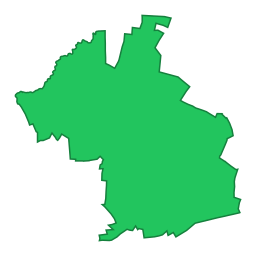 the district of John Taolo Gaetsewe, Northern Cape, South Africa
{"feature_id": "47623444B84629172160693", "entity_name": "John Taolo Gaetsewe", "entity_type": "district", "adm_level": 2, "iso_a3": "ZAF", "parent_name": "South Africa", "parent_adm1": "Northern Cape", "projection": "robinson", "projection_center": [22.441, -26.985], "detail": "fine", "context": "isolated", "style": "filled", "palette": "green", "viewbox_px": 256, "rotation_deg": 0, "n_neighbors": 0, "source": "geoboundaries", "source_scale": "gbopen_adm2", "svg_char_len": 5042}
<svg xmlns="http://www.w3.org/2000/svg" viewBox="0 0 256 256"><path d="M98.3,31.0L97.9,31.3L96.9,31.3L96.5,31.5L96.1,31.7L96.0,31.8L95.9,32.0L95.7,32.5L95.7,32.9L95.8,33.5L95.7,34.1L95.2,34.5L94.7,34.2L94.2,33.6L94.0,33.3L93.7,33.2L93.4,33.1L93.1,33.3L92.9,33.9L92.9,34.0L93.0,34.3L93.1,34.7L93.2,35.0L93.2,36.2L93.2,36.6L93.1,36.8L93.2,38.0L93.1,38.3L93.0,38.9L92.7,39.5L92.3,39.9L91.7,40.5L91.4,41.2L91.3,41.8L91.2,42.2L91.1,42.3L90.6,42.7L90.3,42.8L89.8,42.8L89.3,42.9L88.8,42.9L88.3,42.8L88.0,42.7L87.6,42.3L87.4,42.0L87.2,41.8L86.7,41.6L86.2,41.4L85.5,41.2L85.1,41.0L84.3,40.5L83.8,40.1L83.5,40.0L83.1,39.8L82.8,39.9L82.7,40.0L82.4,40.3L82.3,40.5L82.1,41.1L81.8,42.3L81.2,43.0L80.1,43.1L79.7,43.0L79.2,42.9L78.4,42.5L78.1,42.5L77.9,42.6L77.7,42.9L77.5,44.0L77.4,44.1L77.2,44.3L76.9,44.5L76.2,44.8L76.0,45.0L75.8,45.2L75.8,45.4L75.8,45.7L75.9,46.0L76.4,46.8L76.5,47.1L76.5,47.5L76.4,47.8L76.2,48.0L75.6,48.6L75.2,48.8L74.8,49.2L74.6,49.4L74.0,49.5L73.1,49.3L72.9,49.3L72.7,49.3L72.4,49.5L72.3,50.0L72.7,51.3L72.8,52.7L72.8,53.2L72.6,53.5L72.4,53.9L72.0,54.2L71.7,54.2L71.3,54.1L70.5,53.6L70.1,53.4L69.7,53.4L68.8,53.6L68.4,53.8L68.1,54.3L67.7,55.5L67.4,55.8L67.0,56.0L66.8,56.1L66.5,56.0L65.5,55.7L65.3,55.6L64.9,55.6L64.1,55.8L63.7,55.9L63.4,56.1L62.4,56.3L61.5,56.4L61.3,56.4L60.8,56.7L60.4,57.2L60.3,57.6L60.3,58.1L60.4,58.5L60.5,58.8L60.4,59.0L60.2,59.3L59.7,59.5L59.3,59.7L59.1,59.8L58.7,60.2L58.3,60.5L58.1,60.7L56.6,61.3L56.2,61.6L56.1,61.8L55.8,62.3L55.8,62.6L55.9,62.8L56.4,63.6L56.6,63.8L56.8,64.4L56.8,64.6L56.7,65.1L56.5,65.5L56.4,65.7L55.6,66.1L55.1,66.3L55.0,66.7L54.9,67.2L54.9,67.8L55.2,68.4L55.3,68.8L55.3,69.1L55.3,69.3L55.2,69.7L55.0,70.1L54.9,70.2L54.8,70.4L53.9,70.7L53.6,71.0L52.9,71.7L52.7,72.2L52.8,72.6L52.9,72.8L53.4,73.4L53.4,73.5L53.4,73.8L53.4,74.0L53.2,74.5L52.8,74.9L52.3,75.0L51.9,75.3L51.2,75.6L50.6,76.0L50.3,76.5L50.2,77.1L50.4,78.1L50.3,78.4L50.3,78.5L50.0,78.8L49.6,78.8L49.4,78.8L49.0,78.7L48.8,78.7L48.5,78.7L48.3,78.7L47.9,79.0L47.5,79.5L47.4,80.0L47.3,80.9L47.2,81.0L47.0,81.5L46.8,81.6L46.6,81.7L46.2,81.8L45.8,81.9L45.7,81.9L45.4,82.1L45.1,82.4L45.0,82.6L44.9,82.8L44.8,83.3L44.5,84.5L44.3,85.3L44.2,85.7L43.7,86.7L42.5,88.4L42.5,88.5L42.2,88.7L41.9,88.7L41.1,88.6L40.5,88.6L39.7,88.7L39.5,88.8L39.2,88.9L38.9,89.0L38.6,89.2L38.2,89.6L38.0,89.8L37.7,90.0L37.3,90.1L36.8,90.3L36.2,90.4L35.5,90.7L34.7,91.4L33.3,92.3L33.0,92.5L32.6,92.6L32.1,92.6L31.8,92.5L31.4,92.2L31.1,92.2L30.7,92.0L30.1,92.1L29.6,92.2L28.3,92.6L28.2,92.6L27.8,92.5L27.3,92.5L27.1,92.5L26.8,92.6L26.3,92.7L25.7,92.6L24.9,92.5L23.8,92.2L23.5,92.1L22.7,91.9L22.3,92.0L22.1,91.9L22.1,92.0L21.7,91.7L21.2,91.5L20.8,91.5L20.6,91.5L20.0,91.9L19.1,92.7L17.9,92.9L17.7,93.0L17.1,93.3L15.6,94.8L15.4,95.4L15.4,95.5L15.5,96.5L16.8,97.8L17.1,98.5L17.0,100.3L16.9,101.2L16.9,101.6L17.1,102.4L17.4,103.1L17.6,103.8L17.8,103.9L19.3,104.3L21.3,107.0L25.3,114.0L28.7,122.1L29.6,125.0L32.9,123.9L36.2,131.7L37.5,132.4L37.5,142.0L40.4,140.5L43.2,140.5L49.5,137.9L51.2,134.5L51.3,134.4L52.0,133.1L55.5,137.5L56.5,139.4L57.7,140.3L59.5,138.0L61.7,134.1L68.7,138.4L70.1,155.9L70.3,159.0L75.7,159.3L75.6,160.9L82.5,160.9L83.4,161.1L84.4,161.0L89.2,160.7L89.8,160.4L97.1,159.2L100.1,156.3L103.4,159.7L102.4,161.4L102.1,163.7L100.2,164.9L99.5,168.9L103.0,168.7L102.0,173.4L101.8,180.3L106.6,180.9L106.5,185.5L106.1,191.3L105.8,198.4L104.8,204.4L102.3,204.6L104.8,206.8L111.1,213.9L114.4,218.7L116.1,223.0L112.2,224.5L108.5,225.2L113.2,229.6L106.1,230.1L107.3,234.1L99.2,235.2L99.9,238.5L99.4,240.6L102.2,240.2L109.3,240.5L111.7,240.1L112.6,239.5L113.8,238.8L116.9,237.0L120.4,233.8L123.7,231.6L127.0,229.3L129.9,230.2L132.6,230.5L134.1,228.2L135.6,226.0L137.7,229.6L138.7,228.6L142.8,229.4L142.9,229.8L144.1,237.8L154.5,236.8L158.9,235.9L162.5,234.8L166.9,230.9L168.1,235.4L173.3,232.5L175.9,236.9L178.7,235.2L186.6,230.4L195.1,223.2L217.6,217.7L225.0,216.1L228.8,215.2L232.9,214.3L239.8,212.7L239.7,212.7L239.9,212.6L238.2,208.8L238.5,207.6L238.8,205.6L239.3,203.1L239.3,202.8L239.4,202.6L240.6,199.5L234.1,197.3L234.0,192.4L234.3,189.5L234.6,186.7L234.3,181.6L234.9,177.9L237.7,169.3L236.3,169.6L235.5,169.3L230.8,166.0L226.7,162.8L224.9,161.3L224.6,161.4L223.8,160.7L219.5,158.0L219.7,156.1L220.8,154.9L221.3,153.7L222.8,150.2L223.5,148.6L225.0,145.1L226.6,141.2L226.9,140.5L227.2,138.6L229.6,137.5L233.1,135.7L233.0,135.1L232.0,129.6L229.6,123.3L226.7,117.8L226.0,118.2L221.5,113.8L221.6,113.7L217.1,113.6L215.5,117.3L210.7,114.4L207.6,112.5L206.6,111.8L203.2,110.5L199.4,109.2L195.7,108.0L192.7,106.1L188.2,104.4L183.6,102.2L180.4,100.4L181.2,99.1L186.2,91.3L189.7,86.7L181.1,79.6L178.1,77.0L159.2,71.9L160.8,55.5L155.0,47.8L159.1,40.3L163.6,33.3L157.9,30.2L154.4,30.4L156.0,23.3L163.2,25.3L167.7,27.4L171.0,18.1L164.5,16.6L142.1,15.4L142.2,17.3L142.2,22.3L139.9,28.5L132.4,27.5L131.9,34.5L124.7,33.8L124.0,41.4L122.2,46.8L119.1,59.6L118.4,61.5L114.7,68.3L109.1,65.1L105.6,63.5L105.6,57.5L105.3,50.8L105.3,43.2L105.1,37.6L105.1,33.7L105.1,33.0L105.1,30.8L98.3,31.1L98.1,31.2L98.3,31.0Z" fill="#22c55e" stroke="#15803d" stroke-width="1.5"/></svg>